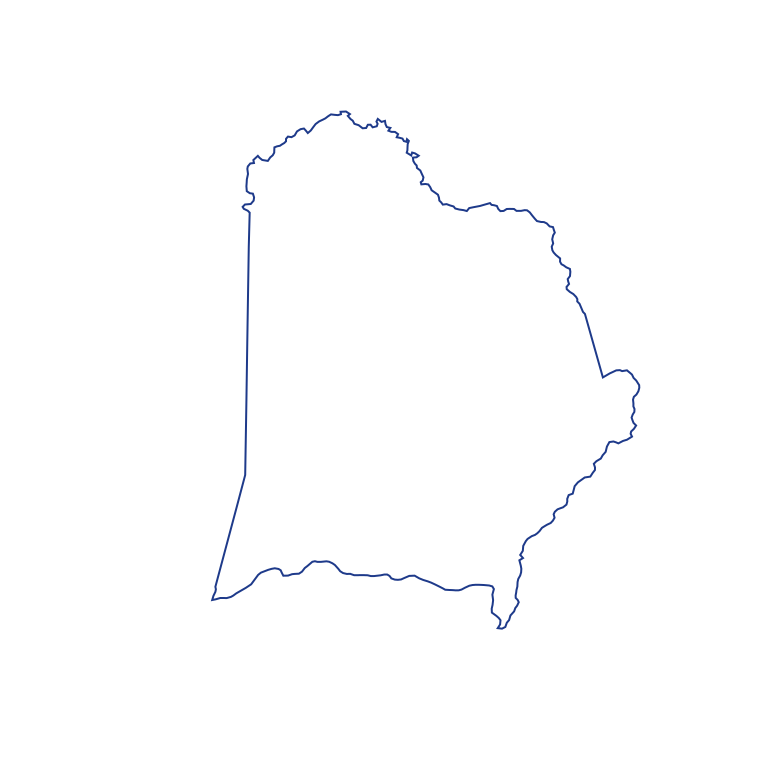 Terra Nova do Norte, Mato Grosso, Brazil, rotated 249°
{"feature_id": "56859067B55158769259691", "entity_name": "Terra Nova do Norte", "entity_type": "district", "adm_level": 2, "iso_a3": "BRA", "parent_name": "Brazil", "parent_adm1": "Mato Grosso", "projection": "robinson", "projection_center": [-54.989, -10.486], "detail": "fine", "context": "isolated", "style": "outline", "palette": "blue", "viewbox_px": 768, "rotation_deg": 249, "n_neighbors": 0, "source": "geoboundaries", "source_scale": "gbopen_adm2", "svg_char_len": 4714}
<svg xmlns="http://www.w3.org/2000/svg" viewBox="0 0 768 768"><g transform="rotate(249 384 384)"><path d="M246.0,596.7L249.1,596.4L251.1,597.7L252.6,601.3L254.9,604.5L258.3,603.0L261.2,603.0L263.9,603.1L266.4,605.3L268.2,607.7L270.9,608.9L273.7,608.8L276.5,609.9L280.2,610.9L282.5,612.7L283.7,615.9L286.1,618.9L289.0,621.0L291.5,621.8L296.9,620.7L300.2,619.2L303.9,618.9L306.0,617.8L309.7,615.7L310.7,610.9L312.4,609.2L313.5,605.7L313.2,601.7L313.0,598.6L311.7,590.7L377.4,596.7L380.0,595.6L388.8,595.3L391.8,594.0L393.9,594.9L396.3,594.6L400.1,593.0L403.4,590.5L407.0,588.6L409.2,589.2L411.1,592.6L413.7,592.7L416.1,593.1L418.1,596.3L422.0,598.2L424.8,598.8L427.6,596.0L430.4,594.2L432.2,592.6L435.1,592.2L438.1,593.4L442.9,590.7L446.0,589.5L448.5,589.1L452.1,589.8L454.6,592.3L458.8,592.9L462.2,595.2L464.1,597.7L467.2,597.8L469.9,598.0L471.8,595.1L475.6,593.5L477.9,591.3L478.9,588.8L481.3,585.2L484.1,584.1L488.3,582.7L492.0,581.6L494.9,579.8L495.9,577.6L496.5,574.1L498.2,569.7L500.8,568.1L502.4,564.2L503.4,561.3L502.7,557.7L503.7,554.6L506.5,553.4L509.7,553.2L511.4,550.9L512.7,548.6L514.9,547.8L515.5,541.1L515.8,537.5L517.0,530.8L517.7,526.6L515.8,523.3L517.8,520.6L519.9,516.8L522.3,513.4L524.8,512.6L527.1,509.6L529.5,506.9L530.4,503.2L533.0,502.5L535.4,501.4L538.3,502.1L541.4,502.2L544.7,500.0L547.8,497.9L551.2,497.7L554.4,496.9L555.9,494.3L557.0,490.4L559.2,490.6L560.0,493.0L562.8,494.9L566.7,494.6L570.3,494.4L573.9,492.2L576.3,492.8L578.6,491.8L581.6,491.3L585.0,492.1L584.0,495.7L584.7,498.2L588.2,495.6L590.0,493.2L587.6,491.3L591.8,488.1L593.8,489.6L596.4,490.7L599.5,492.1L602.0,494.3L604.3,493.2L602.1,491.7L603.7,489.6L606.5,489.2L608.2,486.9L609.8,484.3L612.2,486.7L615.4,484.6L616.8,481.2L618.9,478.9L620.8,481.7L622.9,478.7L626.0,478.5L629.3,479.2L629.6,475.6L633.7,473.2L631.7,471.0L629.2,471.3L627.2,469.6L627.7,465.4L630.9,464.4L631.8,461.8L629.4,459.1L630.4,455.7L634.7,453.1L637.5,449.6L641.0,449.2L643.4,447.7L647.3,446.3L648.2,448.9L652.0,446.2L653.7,441.0L651.3,440.5L651.5,437.4L652.9,434.5L654.7,431.1L654.0,427.8L653.0,424.4L652.7,421.7L652.4,417.6L651.2,413.3L649.1,409.9L646.9,406.5L645.6,402.8L648.7,401.8L651.2,400.8L651.8,397.4L651.0,393.3L648.1,389.7L647.6,386.1L649.4,383.0L648.0,380.4L645.7,379.5L644.7,377.2L644.3,374.7L643.7,372.2L644.2,369.4L644.2,366.5L641.7,365.4L639.3,364.4L637.4,362.1L636.3,359.0L633.9,355.5L636.8,350.6L639.7,348.9L642.2,348.0L641.1,345.3L639.9,342.3L636.9,341.8L637.8,338.2L635.9,334.8L633.8,333.5L628.8,332.3L624.2,329.3L621.3,328.0L617.9,326.4L613.2,325.0L610.2,327.1L608.7,329.8L604.8,329.6L601.9,328.0L599.8,324.1L601.4,318.5L600.0,315.5L597.8,315.9L594.6,318.9L592.1,320.0L560.5,306.9L475.4,272.7L418.3,249.8L348.8,221.8L321.5,202.1L255.1,153.9L252.6,153.5L250.4,152.1L247.3,148.8L243.9,146.2L243.3,149.7L242.9,154.5L240.5,160.5L240.1,164.8L240.5,167.5L241.5,171.1L243.2,181.9L244.6,188.2L250.9,198.1L252.0,201.5L252.0,209.3L251.7,212.9L251.1,216.0L249.1,219.3L247.1,220.8L244.8,220.9L241.1,221.3L239.5,225.8L239.4,230.0L238.7,232.6L237.4,236.6L238.2,240.2L240.6,244.1L241.5,247.2L243.7,253.4L243.3,256.0L241.8,258.1L240.6,261.2L239.1,266.7L237.7,269.1L235.1,271.6L232.6,273.3L227.9,275.1L224.9,276.0L222.2,278.0L220.0,281.2L218.9,284.4L216.2,287.6L214.1,293.2L212.6,297.1L211.3,300.2L209.4,302.9L208.2,306.1L206.6,312.3L206.0,316.1L204.9,318.8L202.8,320.4L199.9,321.2L197.5,324.0L196.2,326.8L195.4,329.9L195.6,333.2L195.8,338.8L194.1,343.9L190.0,347.2L187.0,350.4L184.1,354.1L181.7,356.8L178.7,359.7L174.8,363.3L172.1,365.7L170.0,367.4L168.4,370.9L166.9,374.4L165.6,377.1L164.6,379.9L164.3,382.7L164.8,386.6L165.1,391.4L164.6,394.6L163.7,397.6L162.0,401.9L160.4,405.5L158.2,410.0L156.2,412.6L153.2,413.1L148.5,409.7L143.1,408.4L138.9,406.2L135.6,404.0L131.9,402.8L127.3,405.8L124.4,407.3L121.7,408.1L117.9,406.2L115.3,402.7L113.3,406.5L113.7,410.2L117.1,413.1L118.8,416.2L122.6,419.1L125.1,424.0L127.8,426.3L129.3,428.8L132.0,431.6L134.5,431.4L137.1,430.3L139.4,431.1L142.0,432.7L144.1,433.8L147.1,435.9L151.2,437.7L153.9,439.5L156.4,442.5L159.0,444.5L162.3,446.0L165.4,446.6L170.9,447.2L171.7,451.4L175.6,449.9L178.5,453.8L183.0,456.0L186.5,460.1L187.9,462.5L189.0,467.4L189.0,470.9L189.7,473.6L190.9,476.4L193.1,479.9L193.6,482.4L194.2,485.8L194.5,489.8L195.9,492.7L198.0,495.3L201.6,495.7L203.5,497.7L204.8,501.1L204.8,504.3L204.7,506.9L206.0,511.1L208.6,513.0L211.1,513.9L214.1,516.6L214.0,520.9L217.2,523.2L220.3,525.4L222.7,529.8L223.8,534.1L224.8,537.9L223.6,543.4L226.3,547.1L228.1,550.1L230.5,551.1L234.3,551.3L235.8,554.6L236.7,559.7L239.1,562.6L241.2,566.6L245.7,569.7L249.0,573.6L248.1,577.6L246.3,579.8L244.6,581.5L244.9,584.1L245.2,586.7L244.9,590.9L246.0,596.7Z" fill="none" stroke="#1e3a8a" stroke-width="2"/></g></svg>